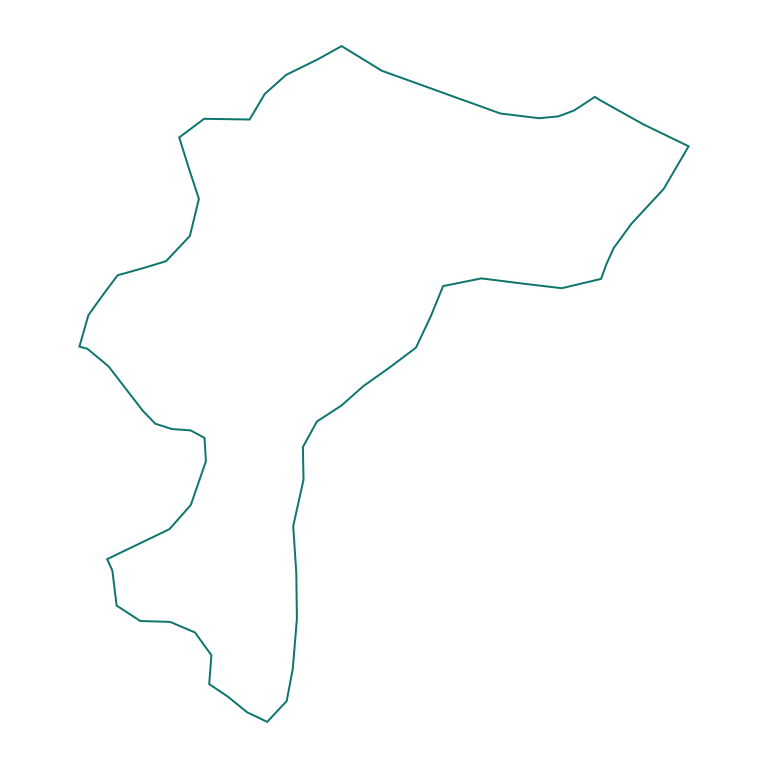 the District of Tovuz
{"feature_id": "AZE-1687", "entity_name": "Tovuz", "entity_type": "District", "adm_level": 1, "iso_a3": "AZE", "parent_name": "Azerbaijan", "parent_adm1": "", "projection": "orthographic", "projection_center": [45.732, 40.914], "detail": "fine", "context": "isolated", "style": "outline", "palette": "teal", "viewbox_px": 768, "rotation_deg": 0, "n_neighbors": 0, "source": "natural_earth", "source_scale": "10m", "svg_char_len": 957}
<svg xmlns="http://www.w3.org/2000/svg" viewBox="0 0 768 768"><path d="M107.2,559.1L169.5,529.1L190.8,505.0L205.9,461.3L204.5,437.9L190.6,430.4L171.7,429.0L155.3,423.7L142.7,410.7L108.5,366.3L87.4,348.8L79.4,346.6L88.4,315.1L103.8,293.7L117.7,275.2L141.5,268.6L166.0,261.2L189.9,235.9L198.9,198.9L188.9,168.4L179.2,137.4L204.1,118.8L249.6,119.5L264.8,93.9L286.1,74.9L317.4,59.5L341.6,46.1L381.9,70.8L500.4,113.5L539.0,118.2L558.3,116.4L574.0,110.5L594.9,96.9L599.2,99.7L643.6,124.5L688.6,146.3L663.7,188.9L631.2,224.0L622.5,236.0L613.7,248.0L606.5,264.0L601.0,278.9L561.8,288.2L521.0,283.4L481.3,278.4L443.1,286.1L431.0,315.8L416.0,347.6L390.0,367.2L363.5,386.0L341.2,405.7L317.0,421.4L302.9,447.0L303.5,479.8L293.2,526.2L296.3,572.8L296.9,618.9L292.8,668.6L286.7,701.0L267.2,721.9L247.1,712.3L227.8,696.6L209.2,684.1L211.4,655.2L195.0,632.5L170.1,621.9L140.3,621.0L116.6,605.6L112.4,570.8L107.2,559.1Z" fill="none" stroke="#0f766e" stroke-width="2"/></svg>